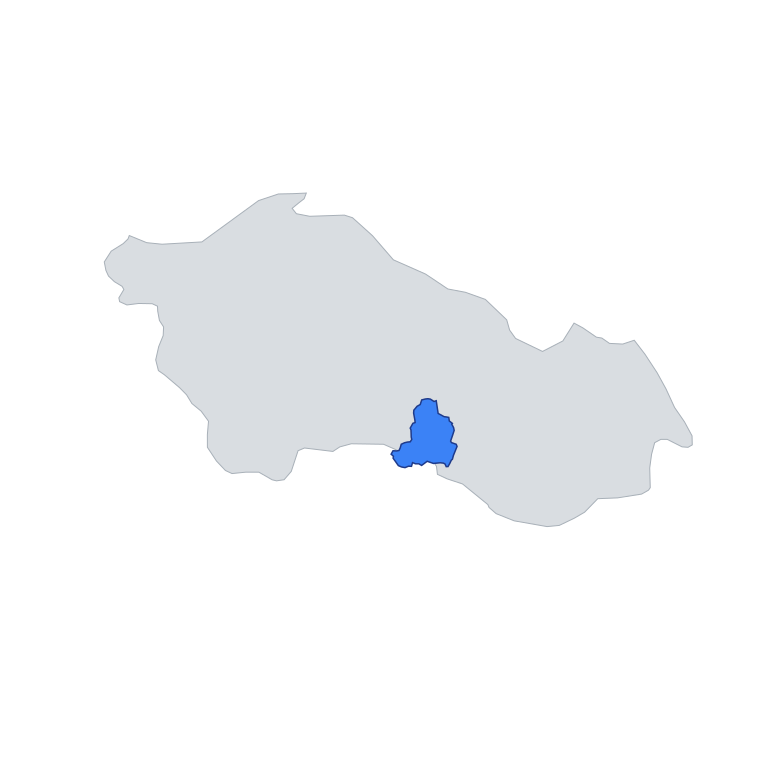 Bulqizë, Dibër, Albania shown in context, rotated 115°
{"feature_id": "67620474B60153855067708", "entity_name": "Bulqizë", "entity_type": "district", "adm_level": 2, "iso_a3": "ALB", "parent_name": "Albania", "parent_adm1": "Dibër", "projection": "robinson", "projection_center": [20.355, 41.469], "detail": "fine", "context": "in_parent", "style": "filled", "palette": "blue", "viewbox_px": 768, "rotation_deg": 115, "n_neighbors": 0, "source": "geoboundaries", "source_scale": "gbopen_adm2", "svg_char_len": 2362}
<svg xmlns="http://www.w3.org/2000/svg" viewBox="0 0 768 768"><g transform="rotate(115 384 384)"><path d="M248.5,237.5L249.1,227.4L251.8,211.3L250.3,206.0L251.9,196.8L246.9,184.5L238.6,175.7L246.7,160.1L258.4,141.2L269.3,126.3L282.5,110.7L291.3,95.7L300.8,82.9L308.9,78.9L312.9,81.7L315.0,87.3L314.5,103.9L317.2,109.7L322.8,113.9L334.6,111.8L347.8,107.7L365.4,98.9L368.4,99.4L374.9,104.0L388.5,124.2L397.6,141.8L415.4,148.0L425.3,154.9L438.1,165.4L444.3,175.9L453.0,208.2L454.1,227.6L451.5,236.6L449.4,238.9L441.4,270.6L443.3,286.8L443.3,297.4L436.5,301.6L432.1,308.3L439.4,334.7L438.5,346.0L438.8,358.9L452.0,388.4L459.7,397.5L466.7,401.8L475.6,429.0L480.8,433.7L502.4,431.1L513.0,434.1L517.2,440.5L518.1,444.9L516.8,460.1L522.2,471.8L529.4,483.9L529.4,491.2L524.6,503.3L516.0,517.3L504.5,522.7L491.9,527.3L485.9,538.2L482.9,549.8L477.2,558.4L473.7,567.8L468.4,587.1L467.2,594.1L458.6,601.1L445.3,604.0L433.4,604.6L425.4,607.9L421.3,614.4L413.7,619.8L409.2,622.2L409.2,628.0L414.7,640.4L421.0,650.4L421.1,658.4L418.0,660.7L408.3,659.7L406.2,662.6L405.2,671.6L402.6,679.3L398.6,684.0L391.6,689.1L378.9,687.4L367.0,679.7L360.7,677.3L357.1,677.6L356.2,658.8L351.1,644.2L332.2,609.1L270.8,575.2L256.4,560.0L250.1,547.2L243.8,535.1L249.9,534.7L255.9,537.8L263.6,541.5L266.7,535.4L263.4,522.2L247.7,491.3L246.6,482.8L254.5,457.0L267.5,428.0L266.8,392.8L270.9,366.3L266.5,349.1L264.5,327.9L274.0,299.9L282.1,292.9L287.1,284.0L287.5,254.1L269.4,240.1L248.5,237.5Z" fill="#d9dde1" stroke="#a8b0b8" stroke-width="1"/><path d="M378.1,335.6L378.8,338.0L380.2,340.3L382.5,343.1L387.3,342.5L390.2,344.6L395.1,345.9L397.8,344.9L403.6,340.8L405.8,339.5L407.4,341.2L412.9,341.6L414.3,340.1L417.6,338.4L420.6,336.9L422.5,335.4L425.3,335.8L426.7,338.2L428.6,340.6L431.3,342.9L435.1,342.3L437.9,342.3L439.3,344.2L440.7,347.6L444.6,347.9L445.5,344.9L447.4,344.4L449.3,341.0L451.9,336.5L451.8,333.1L450.9,329.6L448.1,327.0L447.0,324.3L443.2,324.9L443.0,321.7L441.6,318.7L441.9,315.5L435.8,312.2L435.1,305.6L431.6,299.7L430.6,296.7L430.7,294.9L432.6,292.7L431.8,291.1L428.3,290.8L424.6,290.8L423.3,290.2L419.4,290.9L409.7,291.4L408.1,293.1L408.6,298.1L407.6,299.5L401.2,300.2L396.4,300.8L394.1,302.5L391.8,305.6L390.8,305.4L389.9,309.2L386.9,311.2L387.5,313.5L388.2,315.7L387.8,322.5L377.1,329.6L378.7,331.3L378.1,335.6Z" fill="#3b82f6" stroke="#1e3a8a" stroke-width="1.5"/></g></svg>